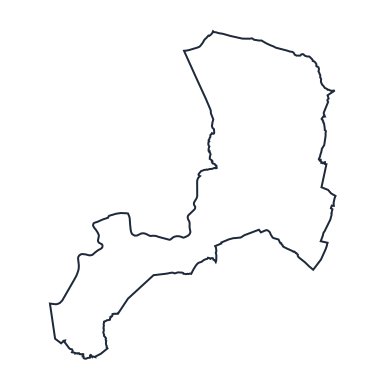 Tingüindín, Michoacán, Mexico, rotated 266°
{"feature_id": "50627088B1844549106246", "entity_name": "Tingüindín", "entity_type": "district", "adm_level": 2, "iso_a3": "MEX", "parent_name": "Mexico", "parent_adm1": "Michoacán", "projection": "orthographic", "projection_center": [-102.513, 19.806], "detail": "fine", "context": "isolated", "style": "outline", "palette": "slate", "viewbox_px": 384, "rotation_deg": 266, "n_neighbors": 0, "source": "geoboundaries", "source_scale": "gbopen_adm2", "svg_char_len": 5960}
<svg xmlns="http://www.w3.org/2000/svg" viewBox="0 0 384 384"><g transform="rotate(266 192 192)"><path d="M333.4,193.9L305.5,204.2L283.8,212.4L272.7,216.2L271.5,216.4L269.4,216.3L262.9,218.3L259.5,217.1L258.3,217.0L257.1,216.5L255.3,216.7L254.5,217.0L253.1,218.3L249.6,218.3L248.8,218.0L248.6,217.1L249.3,216.0L248.3,215.3L247.6,214.3L245.9,214.2L244.5,213.3L243.1,212.8L242.7,212.3L242.2,212.1L241.8,212.1L241.2,212.7L240.1,211.8L238.7,211.6L237.4,211.8L236.1,212.5L234.7,211.8L233.5,211.5L232.9,211.7L232.2,211.4L231.7,211.5L231.4,212.4L230.8,212.1L230.5,212.1L230.4,212.5L228.5,213.2L226.0,212.3L223.8,212.0L222.1,214.1L221.1,213.9L221.0,214.5L219.9,214.2L219.0,214.7L219.0,215.2L218.2,216.7L217.4,217.0L216.6,218.2L215.4,217.9L215.0,218.3L214.2,218.3L214.0,217.5L214.4,216.4L214.4,215.9L213.8,214.2L213.6,212.3L213.7,211.2L213.1,208.9L213.4,208.3L213.2,207.4L213.2,206.0L212.2,202.5L209.7,200.1L208.8,199.7L208.5,199.8L207.7,200.3L207.3,201.1L205.8,199.3L204.2,198.4L202.7,197.9L187.3,196.9L185.2,196.0L181.4,193.3L180.8,193.1L179.2,193.1L176.9,194.2L175.4,193.9L174.4,193.2L169.1,186.8L168.2,186.2L167.0,185.9L164.7,186.3L163.4,187.0L162.1,187.4L160.3,187.4L157.1,187.1L152.5,187.6L151.8,187.5L150.2,186.7L149.4,185.9L148.6,184.8L147.4,181.7L147.1,180.5L147.2,179.7L147.8,178.7L148.7,176.2L149.0,174.0L148.7,171.8L148.3,170.4L146.0,167.0L146.0,165.9L149.6,155.4L150.7,152.9L151.1,150.1L151.0,148.0L151.3,146.7L153.5,143.0L154.2,140.9L154.2,138.6L152.4,134.1L152.5,131.7L154.2,129.3L156.3,128.5L158.3,128.2L163.8,128.0L170.1,128.0L171.9,127.7L175.0,126.7L175.3,125.4L176.0,119.5L175.6,114.7L174.1,107.9L173.6,107.1L172.2,106.5L170.8,101.0L168.9,95.8L168.0,92.2L167.5,91.6L166.0,91.0L164.9,91.1L162.6,92.3L161.3,93.3L158.1,95.1L155.6,96.0L154.4,96.0L150.3,94.8L149.1,94.9L148.1,95.5L147.7,95.9L146.3,98.3L145.6,98.8L144.5,99.0L143.5,98.8L142.7,98.4L141.8,97.2L140.5,94.3L138.5,91.2L136.5,88.6L136.1,87.8L135.9,85.4L137.2,81.4L137.7,78.7L137.7,77.1L136.6,75.1L135.4,74.2L133.8,73.7L126.8,74.0L123.9,73.7L121.9,73.2L118.5,71.8L116.3,70.7L111.4,67.5L92.8,55.0L90.5,52.4L89.7,50.0L89.5,49.0L89.7,47.1L90.6,42.5L55.2,45.2L50.2,50.9L51.3,52.2L51.6,53.0L52.0,53.4L52.5,53.4L52.7,55.0L51.2,54.4L44.7,58.6L44.0,59.3L43.4,61.3L41.9,61.9L40.5,61.1L39.8,63.8L39.6,64.2L39.0,64.2L39.2,66.2L38.8,66.5L39.1,68.0L38.1,68.5L38.0,69.7L37.7,70.2L38.0,71.2L37.8,72.2L36.7,72.1L35.6,71.5L35.3,72.4L33.8,72.4L33.2,73.5L33.1,74.7L33.7,76.2L33.9,78.7L36.1,78.9L36.5,79.5L36.1,80.1L34.9,80.2L34.4,80.8L34.8,80.9L34.9,81.4L34.1,83.8L34.4,83.7L37.0,89.8L41.9,96.8L42.6,96.4L42.9,96.0L44.4,96.2L45.3,95.7L47.4,95.6L48.7,95.8L49.5,96.1L50.0,95.7L51.5,95.6L52.0,96.0L53.0,95.5L54.6,94.2L55.9,94.3L57.9,93.7L60.1,94.4L61.5,94.4L61.9,94.2L62.4,94.4L63.3,94.3L64.7,94.8L65.6,94.6L67.0,94.8L67.6,95.1L68.8,95.2L69.0,95.6L69.2,96.8L70.0,98.1L70.1,100.3L70.4,101.3L71.7,101.4L72.6,102.3L72.9,101.9L73.2,101.9L73.4,102.3L73.4,102.9L73.9,103.8L75.8,104.2L76.0,106.2L75.7,106.6L75.9,107.4L75.7,109.0L76.4,109.7L76.1,109.9L90.1,120.7L111.7,147.8L112.3,160.7L112.9,165.6L112.9,167.2L112.1,168.8L112.1,169.6L112.8,172.3L112.3,176.4L111.9,177.4L111.0,177.8L110.9,178.9L110.5,180.0L110.7,181.9L110.4,182.8L110.8,184.4L110.4,185.5L114.6,188.0L118.2,190.6L120.1,192.4L120.9,193.6L121.7,196.7L123.1,198.7L123.9,200.6L124.3,202.7L125.3,203.3L125.0,204.4L124.0,205.7L124.7,206.6L124.5,208.1L124.2,208.4L122.9,208.7L122.6,209.5L122.3,209.9L120.5,210.8L122.0,211.4L127.2,211.9L129.8,211.5L131.3,212.2L134.9,212.0L136.4,211.3L138.6,217.7L139.6,217.7L142.2,225.6L143.1,230.2L143.0,231.4L143.2,237.3L143.6,238.3L145.2,241.1L149.7,256.1L146.9,257.9L148.5,262.4L148.8,263.7L148.3,264.9L147.0,266.4L146.2,266.9L144.0,267.6L140.9,269.3L140.4,270.0L138.6,275.0L135.3,276.3L135.0,276.5L134.9,277.2L134.5,277.6L133.8,277.5L132.8,278.3L132.4,278.8L131.6,278.9L131.1,279.2L129.0,282.7L126.3,287.7L125.5,288.7L125.3,289.2L125.5,289.5L125.2,289.7L125.1,290.3L124.3,291.0L123.8,291.3L123.8,291.8L122.1,293.2L121.0,293.0L119.4,293.9L113.7,300.1L109.8,303.5L106.0,307.5L115.7,316.0L125.4,321.2L129.0,322.8L129.5,322.8L131.9,323.7L133.9,317.0L139.5,319.5L142.3,320.4L143.4,321.4L154.7,328.0L159.0,329.5L160.6,329.8L160.9,329.8L161.0,329.6L165.0,330.9L166.1,329.4L168.7,330.5L168.3,332.5L171.3,332.5L175.6,333.7L178.1,334.9L179.9,332.1L181.2,330.4L184.5,328.0L187.7,321.5L210.2,328.0L210.2,327.7L210.6,327.4L210.6,326.8L210.8,326.2L211.2,326.1L211.7,326.7L212.5,326.7L212.3,325.8L211.7,325.2L211.6,324.1L212.1,323.4L212.1,323.0L212.6,323.0L213.1,323.3L213.8,322.5L215.2,322.6L215.2,322.0L214.7,321.5L215.9,320.8L218.7,322.3L219.9,322.5L222.2,323.5L224.7,324.3L225.9,324.5L229.7,327.2L238.7,329.2L241.0,329.3L243.3,329.8L244.1,329.4L244.5,328.8L247.1,328.8L251.0,328.5L251.6,328.1L252.4,328.1L252.8,327.7L253.5,327.8L254.0,327.5L254.5,327.5L255.4,326.5L255.9,326.4L258.3,328.4L258.0,328.8L258.0,329.8L258.8,329.4L259.2,329.5L260.9,328.9L262.0,329.0L272.4,334.1L273.5,333.5L274.6,333.6L275.6,334.8L279.0,334.0L283.3,341.5L283.2,338.5L283.4,337.4L284.5,335.6L284.4,334.7L284.7,334.3L285.2,334.0L285.8,333.2L286.5,331.8L288.8,330.4L290.3,329.1L291.2,329.0L292.0,328.5L293.3,328.3L295.8,328.7L297.3,327.9L299.7,328.1L301.2,327.4L302.3,327.2L303.5,326.6L305.5,327.2L306.3,327.2L307.8,326.7L308.2,326.2L308.6,325.0L309.2,324.8L310.8,325.0L312.2,324.3L313.1,323.6L313.8,322.9L314.3,321.6L315.1,321.6L316.0,321.1L318.9,318.6L319.1,316.8L319.5,315.3L320.2,314.0L321.6,312.7L321.8,312.1L321.7,310.8L320.5,309.5L320.8,305.7L321.9,304.0L323.7,303.2L324.7,302.1L325.3,299.4L326.5,296.5L330.1,285.7L331.4,283.7L333.1,280.1L335.3,276.2L338.3,271.8L338.4,269.5L339.6,264.4L340.4,263.6L341.1,262.5L340.9,260.1L341.5,253.0L345.0,241.2L347.7,233.7L348.6,229.7L349.6,227.2L350.0,225.1L350.9,224.2L349.2,223.4L347.3,221.4L346.5,220.0L346.9,219.3L344.3,216.7L344.0,216.0L343.1,215.3L342.3,214.4L341.5,214.1L339.7,212.8L337.5,210.8L336.4,209.6L335.7,207.5L333.9,199.5L333.5,197.0L333.4,193.9Z" fill="none" stroke="#1e293b" stroke-width="2"/></g></svg>